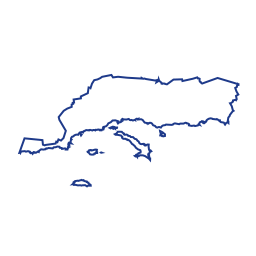 the district of Loreto, Baja California Sur, Mexico, rotated 101°
{"feature_id": "50627088B56392169999769", "entity_name": "Loreto", "entity_type": "district", "adm_level": 2, "iso_a3": "MEX", "parent_name": "Mexico", "parent_adm1": "Baja California Sur", "projection": "robinson", "projection_center": [-111.2, 25.885], "detail": "fine", "context": "isolated", "style": "outline", "palette": "blue", "viewbox_px": 256, "rotation_deg": 101, "n_neighbors": 0, "source": "geoboundaries", "source_scale": "gbopen_adm2", "svg_char_len": 5960}
<svg xmlns="http://www.w3.org/2000/svg" viewBox="0 0 256 256"><g transform="rotate(101 128 128)"><path d="M91.0,27.7L90.5,28.5L86.8,30.3L84.3,32.5L84.0,31.7L82.1,30.0L80.9,30.2L79.7,27.6L80.0,27.2L78.9,26.8L75.9,28.1L74.1,26.1L71.4,28.5L68.2,30.4L67.0,29.0L65.5,29.0L64.6,28.5L64.6,27.8L63.9,27.9L63.9,28.9L63.6,29.1L63.8,29.5L61.8,49.6L70.2,63.7L69.9,64.6L69.1,65.2L68.8,66.3L67.9,66.8L66.0,67.1L65.7,68.7L65.9,69.0L65.1,69.7L67.3,73.8L71.5,83.5L69.9,84.2L71.8,92.6L77.7,98.1L77.7,100.0L77.4,100.4L77.7,102.6L78.1,102.9L78.0,103.6L77.1,103.9L75.7,106.4L74.3,107.2L76.2,107.2L77.7,108.8L75.4,108.6L76.2,110.5L76.5,120.0L76.3,121.1L76.8,122.6L76.2,124.3L76.9,124.3L78.8,138.4L79.6,147.5L81.2,152.4L79.1,154.4L82.7,163.2L84.3,164.7L86.2,167.3L87.5,170.3L91.3,171.8L95.9,172.4L95.7,172.7L95.7,174.4L101.5,174.1L106.0,180.3L107.9,179.9L110.4,186.8L113.3,185.8L113.8,187.0L114.8,186.5L115.7,187.8L118.0,187.3L120.5,191.3L123.4,194.4L130.5,198.1L133.1,196.9L142.6,188.5L150.2,189.4L153.1,191.4L152.5,194.1L155.4,194.6L155.1,195.8L157.1,196.1L160.3,205.5L160.9,206.5L160.6,208.3L156.2,209.7L157.9,227.6L173.1,229.9L172.8,229.1L173.0,228.9L172.3,228.8L171.3,228.0L170.4,224.8L170.7,223.7L169.8,221.7L170.0,219.7L170.4,219.3L170.9,219.5L171.3,218.7L170.7,217.5L171.5,216.7L169.6,215.9L169.6,214.9L170.1,214.6L169.7,213.4L168.3,212.0L168.6,211.0L167.3,210.9L165.5,209.2L165.3,206.8L164.8,205.5L164.4,205.2L164.5,204.8L163.6,204.3L163.7,203.6L162.8,202.2L162.4,198.0L161.2,197.3L160.6,195.2L159.7,193.9L159.5,191.7L160.4,191.2L160.3,189.2L161.1,188.8L160.0,185.9L160.5,184.7L161.0,184.8L160.7,183.3L159.5,183.3L158.8,182.8L158.5,183.1L157.9,182.3L157.7,183.2L156.5,183.1L156.0,182.3L155.2,182.6L155.1,183.5L154.1,183.4L153.5,183.0L153.2,182.1L153.9,181.5L153.9,180.8L153.3,181.7L150.8,181.7L150.1,181.2L149.7,181.9L148.7,181.9L147.3,181.3L146.6,180.0L145.5,179.3L144.6,178.0L144.1,176.5L144.2,175.7L141.7,174.6L141.0,173.2L141.1,172.7L140.6,172.3L140.5,171.6L140.8,171.3L139.6,170.9L139.4,170.1L138.5,169.4L138.0,168.5L137.8,165.9L137.5,165.9L137.1,164.9L137.2,162.4L136.6,161.8L136.4,160.7L136.6,159.6L135.9,159.3L135.8,158.2L135.2,157.1L135.1,156.4L135.7,155.3L135.5,154.3L135.0,154.7L134.7,152.9L134.1,151.8L132.9,151.7L133.1,152.2L132.8,152.6L131.7,152.4L130.6,150.0L129.2,148.9L127.2,148.2L125.6,146.0L123.6,144.6L122.9,141.9L123.3,138.7L124.4,138.7L124.1,139.4L124.5,139.5L125.4,138.7L124.4,138.0L123.6,136.3L122.3,135.1L122.1,136.0L121.2,136.0L120.1,135.2L120.4,134.0L120.0,131.2L119.0,129.0L119.8,127.7L119.8,126.9L119.4,126.0L119.7,124.6L118.6,122.7L118.8,122.3L118.3,122.4L117.3,121.4L117.2,120.7L117.6,120.0L117.3,119.7L117.7,119.7L116.9,116.8L117.3,115.2L119.5,112.7L119.5,110.9L119.9,110.2L119.4,109.7L119.3,108.5L119.5,108.5L118.7,107.6L118.6,106.5L119.1,105.2L120.5,103.9L120.8,101.9L121.9,100.4L122.0,99.3L121.3,98.3L121.1,97.6L121.3,95.8L119.9,95.2L118.8,94.1L118.0,91.9L117.4,91.4L116.6,85.7L116.1,84.6L115.3,84.2L114.5,82.8L114.5,78.5L113.7,77.6L113.1,74.4L111.9,72.6L111.9,71.6L112.3,71.0L112.1,70.5L112.3,69.4L112.6,68.8L113.8,68.7L113.8,65.9L113.0,63.6L113.3,62.6L112.1,59.8L111.0,59.5L111.2,58.4L110.7,58.9L108.9,58.7L108.2,58.0L107.7,56.6L107.2,56.6L107.2,55.5L107.7,55.2L108.5,55.5L108.8,55.0L108.1,54.4L108.5,53.9L107.9,53.4L107.8,53.9L107.5,54.0L106.4,52.4L105.4,52.3L104.6,51.7L103.6,50.6L102.8,49.0L102.7,47.4L103.0,46.8L102.7,42.8L102.3,42.5L102.6,41.4L103.0,40.8L103.0,39.9L103.3,39.8L103.1,39.2L103.9,39.1L104.5,37.9L104.4,35.1L104.8,34.6L104.9,33.8L106.0,33.7L106.2,33.4L104.5,32.7L103.7,31.8L103.5,31.1L103.9,30.4L102.4,30.7L102.2,31.4L98.6,31.5L96.8,30.5L95.8,30.5L93.7,29.5L91.6,28.4L91.0,27.7ZM155.2,100.2L154.4,100.3L154.1,101.0L153.5,100.7L153.2,101.5L151.8,102.4L151.7,101.8L150.9,102.1L150.3,102.8L149.8,102.7L149.7,103.1L149.3,103.0L149.2,102.3L147.4,102.0L146.4,100.7L145.6,101.7L145.9,102.7L145.1,103.3L142.1,104.3L140.3,104.5L140.4,105.5L141.4,107.2L141.2,107.7L141.8,107.4L142.0,107.9L141.7,108.5L141.2,108.4L141.0,109.7L140.7,110.1L141.3,111.8L141.3,112.6L140.7,113.9L139.2,115.0L138.7,116.3L137.5,117.5L137.3,119.4L136.0,121.3L136.3,123.6L135.5,124.6L135.7,126.3L135.2,126.6L134.7,128.0L135.3,130.2L134.9,130.9L134.2,130.9L133.7,132.4L132.9,133.4L133.6,137.3L135.7,138.3L136.6,139.7L137.0,139.0L136.7,137.1L136.7,133.5L137.8,131.9L138.7,132.0L139.5,130.6L139.1,128.4L139.5,127.4L139.3,127.0L139.9,126.3L139.6,125.8L139.7,125.0L140.7,123.3L142.9,121.0L143.1,120.2L144.6,117.7L145.8,116.6L147.1,114.0L147.4,111.7L148.5,111.1L149.7,111.0L150.8,113.0L151.7,113.3L152.7,114.9L153.5,114.8L154.1,115.9L154.5,115.2L154.1,114.1L154.5,113.6L154.0,113.7L153.5,113.2L153.7,111.4L153.9,111.2L153.3,111.6L152.5,111.1L152.0,108.2L152.3,105.9L154.1,101.6L155.2,100.2ZM192.3,156.4L191.7,153.6L190.9,153.9L190.3,155.5L189.8,156.3L189.3,156.4L189.4,156.8L188.5,158.0L188.8,158.4L188.4,158.7L188.4,160.6L188.1,161.7L187.7,161.8L188.1,163.0L187.8,163.6L189.4,166.7L189.3,167.2L190.2,169.8L191.0,170.5L191.0,170.1L191.6,170.0L193.7,171.6L193.5,171.0L194.2,170.5L193.8,168.6L193.9,166.2L193.3,164.0L193.4,162.7L193.0,162.0L192.3,159.1L193.1,157.1L192.3,156.4ZM158.4,153.5L157.5,153.7L157.2,154.5L155.3,154.3L155.2,154.5L155.5,156.2L157.0,159.3L156.7,159.8L156.8,160.9L157.3,161.8L157.7,161.6L158.1,162.3L158.8,162.6L159.0,163.1L159.4,162.9L159.6,161.9L161.1,160.2L161.1,158.8L160.6,156.6L159.6,156.2L159.5,155.4L158.8,155.2L158.4,153.5ZM128.8,90.2L127.1,90.5L125.9,92.8L127.0,93.7L127.0,94.1L125.7,95.6L125.2,95.7L125.0,95.3L124.8,96.0L125.6,95.7L127.0,94.8L129.1,94.9L128.9,93.4L129.4,93.1L129.2,92.3L129.5,91.9L128.8,90.2ZM129.5,138.9L129.4,139.2L129.4,139.4L129.5,139.1L129.9,139.3L130.1,140.3L130.0,141.5L129.6,141.5L129.6,143.2L131.4,145.9L131.7,145.0L130.9,144.0L131.6,142.3L131.1,142.0L131.1,142.3L130.8,141.6L131.1,140.8L130.7,141.0L130.1,138.9L129.5,138.9ZM144.3,172.7L143.4,172.3L143.2,173.1L143.8,173.1L144.3,172.7ZM157.3,149.9L157.4,149.6L157.2,149.1L157.1,149.7L157.3,149.9Z" fill="none" stroke="#1e3a8a" stroke-width="2"/></g></svg>